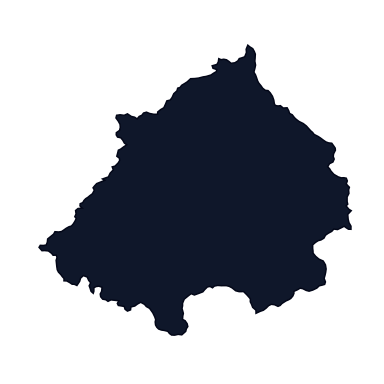 outline of São Miguel Arcanjo, São Paulo, Brazil, rotated 85°
{"feature_id": "56859067B88039902051634", "entity_name": "São Miguel Arcanjo", "entity_type": "district", "adm_level": 2, "iso_a3": "BRA", "parent_name": "Brazil", "parent_adm1": "São Paulo", "projection": "robinson", "projection_center": [-47.987, -23.932], "detail": "fine", "context": "isolated", "style": "filled", "palette": "ink", "viewbox_px": 384, "rotation_deg": 85, "n_neighbors": 0, "source": "geoboundaries", "source_scale": "gbopen_adm2", "svg_char_len": 4343}
<svg xmlns="http://www.w3.org/2000/svg" viewBox="0 0 384 384"><g transform="rotate(85 192 192)"><path d="M231.9,347.8L233.8,349.2L237.4,346.6L237.5,344.0L238.2,340.2L240.9,337.2L242.9,335.9L243.1,332.7L245.6,332.2L248.2,333.3L254.4,333.2L257.7,333.0L260.2,332.0L262.9,329.8L264.8,328.7L267.1,327.0L269.3,327.3L269.7,324.5L271.6,321.7L273.4,319.5L273.7,317.2L275.1,314.8L271.2,311.7L268.1,310.5L265.8,307.5L267.6,303.8L271.1,302.6L273.6,300.9L276.5,302.6L279.0,301.9L282.2,301.2L284.3,299.2L282.3,298.4L278.9,298.1L277.9,296.0L277.7,293.0L279.1,289.9L283.1,290.7L285.6,292.3L288.4,292.1L291.0,290.3L291.8,287.3L293.6,285.2L292.4,282.1L293.2,278.3L294.0,274.3L296.5,276.1L298.6,275.3L299.4,272.1L300.1,269.5L303.0,268.9L305.0,266.7L304.1,263.5L301.2,262.9L300.6,258.9L298.8,256.0L297.4,252.7L299.8,249.1L302.1,247.5L304.2,244.4L308.9,241.6L313.1,240.0L316.0,239.3L318.2,240.0L321.3,239.9L323.7,238.8L325.6,237.2L326.8,234.6L327.5,231.7L328.7,228.2L331.0,226.8L332.7,224.8L333.1,221.7L332.6,218.2L333.4,214.6L330.3,210.4L327.7,209.5L325.7,207.9L322.8,208.3L319.6,210.1L318.1,212.5L314.8,212.0L312.2,211.2L309.8,211.6L307.1,212.1L304.6,211.3L302.0,211.1L298.1,209.1L294.9,204.4L293.2,201.7L294.8,198.6L293.6,194.1L292.4,189.9L290.3,187.8L287.9,184.9L287.7,182.2L289.2,179.9L287.7,178.0L287.3,174.6L287.9,170.8L288.3,165.9L289.2,163.2L291.1,160.3L294.2,157.1L295.4,153.7L295.7,149.3L299.1,146.4L301.4,144.7L303.5,143.2L306.5,143.5L309.0,142.5L312.2,141.6L315.3,138.6L318.4,138.8L316.8,134.4L316.0,131.2L314.1,128.2L311.9,125.6L310.8,122.8L311.5,119.6L313.4,116.3L312.7,114.1L310.9,112.1L308.7,107.9L307.8,105.2L306.7,102.9L304.4,100.6L301.9,99.3L299.9,99.2L298.6,95.5L297.2,92.6L298.0,90.0L300.0,86.8L301.0,84.0L300.2,80.2L298.6,76.0L296.5,73.4L296.2,70.9L295.6,67.9L293.2,66.9L289.6,67.9L286.4,66.7L283.9,65.9L280.4,65.1L276.2,65.4L272.2,67.3L269.9,71.4L266.9,74.4L263.5,76.7L261.0,76.6L258.8,76.7L255.2,76.4L253.0,73.4L251.5,70.6L251.0,67.7L249.5,64.6L246.7,62.8L245.0,59.9L243.4,56.2L241.3,54.0L242.1,50.3L240.6,46.3L239.4,43.4L240.9,41.7L242.7,39.4L243.0,36.9L239.9,36.6L236.2,38.3L232.8,38.8L227.9,38.8L224.5,35.0L222.9,37.2L219.3,39.7L217.7,37.9L215.0,38.3L210.5,37.9L207.1,35.8L203.5,35.8L201.0,34.8L199.3,36.2L197.4,37.6L194.5,36.3L191.7,37.1L191.0,39.5L190.9,42.1L189.6,45.2L186.7,49.2L183.2,51.8L181.0,52.8L178.7,54.6L175.8,52.6L174.4,49.0L171.6,47.5L168.9,48.2L166.3,47.6L162.9,45.5L160.8,45.5L158.8,46.6L155.6,48.5L155.0,51.6L153.8,54.2L152.0,56.4L149.4,59.3L147.6,61.6L145.3,65.3L143.1,66.7L141.5,68.3L138.6,70.5L136.2,72.3L133.5,75.2L131.0,79.3L128.6,81.9L126.8,83.5L123.8,85.4L122.3,87.9L119.4,88.6L116.4,89.9L116.3,93.8L113.7,96.4L113.8,98.9L113.0,101.5L111.1,102.3L107.6,102.5L103.7,103.5L100.1,105.4L97.6,107.4L97.1,110.1L94.7,112.6L92.2,114.0L89.3,116.0L87.2,116.9L83.9,117.7L80.9,118.5L78.0,119.9L74.4,118.6L71.1,117.6L67.2,118.0L64.4,117.5L60.2,116.9L57.4,117.7L54.5,119.0L52.4,121.8L50.6,123.6L54.5,125.6L57.8,125.6L61.9,127.7L62.7,130.7L63.2,133.3L65.4,134.9L67.0,138.0L67.2,141.9L65.3,143.7L63.3,146.1L62.5,148.8L62.7,151.5L61.5,153.7L64.8,154.5L67.1,156.1L68.0,160.9L70.6,160.3L72.2,156.6L74.2,157.3L75.6,160.3L77.1,162.9L78.1,167.9L78.3,170.9L79.1,175.7L79.2,179.5L79.0,183.5L81.8,187.1L83.1,189.5L84.8,193.0L86.8,194.8L87.3,197.2L89.9,198.2L92.5,201.6L96.1,203.6L98.5,205.7L99.0,209.1L102.3,210.8L105.6,212.7L107.2,216.1L109.3,219.2L111.5,219.4L111.3,223.1L110.1,227.3L108.5,230.4L109.1,233.4L111.2,235.3L112.1,238.0L114.4,240.3L112.5,242.6L111.4,245.9L108.5,249.5L109.7,252.9L108.8,256.9L109.0,260.4L111.6,261.3L114.9,259.3L118.3,257.8L121.4,257.8L124.3,258.8L126.3,262.2L128.5,262.5L130.8,261.4L131.8,258.2L134.4,256.4L137.4,255.1L139.3,252.9L141.1,256.2L143.1,259.4L143.9,261.7L147.1,262.8L149.8,263.8L152.0,261.4L154.3,261.3L156.6,263.0L159.5,266.4L160.0,269.3L163.1,268.5L166.1,271.9L169.7,274.0L170.4,276.8L171.2,280.0L172.8,277.9L173.8,281.2L175.3,286.2L177.5,288.6L179.2,290.2L181.6,289.1L185.1,291.4L186.8,294.2L188.1,296.0L189.4,298.5L191.0,300.3L193.1,301.8L193.9,304.4L196.1,304.8L198.5,302.7L198.5,307.0L200.3,309.6L203.7,309.4L206.4,310.9L208.2,309.6L211.0,311.2L213.6,313.2L215.4,315.1L215.9,317.6L217.2,320.5L218.8,323.2L220.0,325.4L220.2,328.3L219.6,332.0L221.9,333.5L224.5,337.4L226.2,339.9L229.4,340.5L232.1,341.9L232.3,344.9L231.9,347.8Z" fill="#0f172a" stroke="#020617" stroke-width="1.5"/></g></svg>